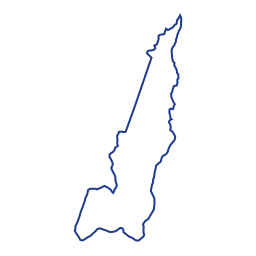 João Ramalho, São Paulo, Brazil
{"feature_id": "56859067B2602022152952", "entity_name": "João Ramalho", "entity_type": "district", "adm_level": 2, "iso_a3": "BRA", "parent_name": "Brazil", "parent_adm1": "São Paulo", "projection": "robinson", "projection_center": [-50.796, -22.233], "detail": "fine", "context": "isolated", "style": "outline", "palette": "blue", "viewbox_px": 256, "rotation_deg": 0, "n_neighbors": 0, "source": "geoboundaries", "source_scale": "gbopen_adm2", "svg_char_len": 3072}
<svg xmlns="http://www.w3.org/2000/svg" viewBox="0 0 256 256"><path d="M144.2,235.1L143.6,232.8L143.5,231.1L143.5,228.9L143.7,226.6L143.0,224.4L144.2,222.4L145.6,220.7L147.3,219.7L148.8,218.3L150.0,215.9L151.2,214.0L153.0,211.0L154.0,208.9L154.1,207.0L154.2,205.2L154.6,203.3L154.4,201.4L154.5,199.4L154.1,197.7L153.1,195.7L152.2,194.1L151.8,192.6L150.9,191.5L151.0,189.4L151.6,187.1L152.0,184.7L152.7,183.3L153.1,181.6L153.1,179.4L154.1,177.2L154.3,175.0L154.7,172.0L155.3,170.0L155.8,167.9L155.9,165.8L157.0,164.8L158.4,163.4L159.6,162.6L160.8,161.4L161.5,158.5L162.5,156.3L164.0,155.2L165.5,154.6L166.6,153.6L167.7,151.8L168.2,150.0L169.0,148.0L170.0,145.6L172.7,142.3L174.1,140.8L174.9,139.0L175.2,136.8L174.0,134.1L172.5,131.8L170.2,130.0L170.8,127.4L170.3,124.9L168.9,121.8L169.8,120.2L171.6,119.3L170.3,117.7L170.1,115.0L169.4,113.0L169.4,111.3L169.5,109.6L170.7,108.7L173.0,109.1L173.9,106.0L174.8,104.3L173.5,102.1L171.4,97.4L171.1,93.3L172.4,91.6L172.5,89.4L173.3,87.9L173.9,86.0L176.8,85.4L177.4,83.1L177.4,81.4L177.3,79.6L178.4,78.4L178.3,74.6L177.0,72.8L176.8,70.6L175.8,68.0L174.9,66.5L174.2,65.1L174.5,62.8L173.4,61.9L172.6,60.0L172.1,57.6L172.0,55.1L171.8,53.1L171.6,50.9L171.8,49.2L172.9,47.0L174.4,45.1L174.9,43.6L175.9,41.6L175.9,39.5L176.7,38.1L176.9,36.5L177.4,34.8L178.4,32.3L178.9,30.9L179.9,29.2L180.7,27.3L181.0,25.7L181.0,23.8L181.2,21.3L181.2,18.5L180.7,16.9L180.1,15.4L178.7,18.0L176.9,20.4L176.7,23.6L174.6,25.1L173.5,26.5L172.2,27.9L170.2,28.7L169.0,29.7L167.6,30.0L166.1,28.7L164.9,31.8L164.2,34.2L161.8,34.5L160.0,34.7L158.5,36.0L158.6,39.1L158.0,41.0L157.0,44.1L155.6,45.1L154.3,45.6L155.4,48.2L154.3,49.5L153.0,50.1L151.6,50.4L148.7,50.6L147.1,52.0L147.1,53.5L151.5,57.6L134.7,106.7L125.7,131.7L124.2,132.2L121.9,131.6L118.9,131.9L118.5,133.6L117.1,135.8L117.3,138.4L117.4,140.6L117.2,143.6L117.9,145.9L115.2,147.5L114.5,150.2L112.7,152.2L111.2,153.1L109.6,154.4L109.6,157.2L110.7,158.9L111.8,161.0L112.5,162.6L112.8,164.1L112.0,166.4L111.3,168.0L111.8,169.5L112.8,171.7L114.0,173.7L114.9,175.5L115.4,177.1L115.3,179.5L115.7,181.3L116.3,183.2L116.8,185.6L115.7,187.9L114.5,189.6L114.2,191.1L113.2,192.9L111.9,191.7L110.6,189.6L109.0,188.4L107.8,187.6L106.2,186.9L104.7,186.0L102.9,186.5L101.6,187.4L99.9,188.2L98.4,188.7L97.0,189.4L95.5,188.8L93.9,188.8L92.3,188.7L89.8,188.9L88.1,190.0L87.7,191.9L87.3,194.1L86.6,195.9L85.7,197.3L85.1,199.4L84.7,201.2L83.9,203.3L83.2,205.3L82.6,207.3L81.9,208.9L81.0,211.1L80.2,213.8L79.7,215.6L79.0,218.0L77.8,221.2L76.6,223.9L75.5,226.2L75.4,228.4L74.8,230.7L76.0,233.0L77.0,234.4L78.0,235.7L79.3,238.0L80.3,239.9L82.4,240.4L84.2,239.6L85.9,238.5L87.5,237.4L89.7,236.3L91.6,234.9L92.7,233.8L94.0,232.5L95.5,231.3L96.5,229.9L97.6,228.9L99.1,228.4L100.9,228.6L103.3,229.5L104.7,230.0L106.6,230.6L108.3,231.5L110.6,232.1L112.6,231.9L114.8,231.4L117.1,230.3L119.3,228.4L121.2,227.9L122.8,228.8L123.4,230.3L123.4,232.0L124.8,233.2L126.3,234.4L127.8,235.6L129.4,236.7L132.5,238.0L134.9,239.8L136.8,240.6L139.0,240.3L141.5,238.1L143.3,236.7L144.2,235.1Z" fill="none" stroke="#1e3a8a" stroke-width="2"/></svg>